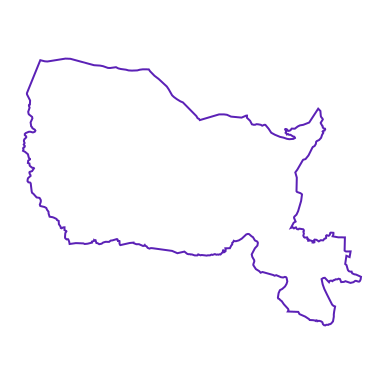 Buon Don, Đắk Lắk, Vietnam
{"feature_id": "81297802B42534502413482", "entity_name": "Buon Don", "entity_type": "district", "adm_level": 2, "iso_a3": "VNM", "parent_name": "Vietnam", "parent_adm1": "Đắk Lắk", "projection": "orthographic", "projection_center": [107.764, 12.878], "detail": "fine", "context": "isolated", "style": "outline", "palette": "violet", "viewbox_px": 384, "rotation_deg": 0, "n_neighbors": 0, "source": "geoboundaries", "source_scale": "gbopen_adm2", "svg_char_len": 5973}
<svg xmlns="http://www.w3.org/2000/svg" viewBox="0 0 384 384"><path d="M318.2,108.7L309.2,122.5L303.3,124.8L299.9,125.4L297.7,126.5L294.8,128.7L291.7,128.6L290.4,130.3L288.8,130.9L287.9,130.7L287.2,129.6L286.4,129.1L285.4,129.0L285.1,129.3L286.2,131.6L285.6,132.8L286.3,133.3L286.9,134.5L288.0,134.0L289.0,134.8L290.5,134.8L293.1,136.5L294.0,136.6L294.9,137.5L295.0,138.0L293.3,138.9L289.2,139.2L286.9,138.8L283.4,137.6L280.1,136.9L274.8,134.7L271.2,132.7L268.6,128.7L265.4,124.9L264.3,124.8L262.2,125.7L260.8,124.8L258.1,124.3L256.4,124.2L255.3,124.7L253.8,124.8L251.9,124.3L250.1,120.8L246.9,117.7L247.0,115.6L246.2,115.6L241.6,117.6L231.0,116.6L227.0,114.8L224.0,114.4L219.1,114.4L199.8,120.1L199.1,119.0L197.6,118.2L196.4,116.1L182.9,102.4L180.5,101.4L176.9,99.2L173.9,97.0L172.1,95.3L168.7,89.3L166.8,86.5L158.7,79.0L154.5,75.8L150.1,71.3L148.8,69.4L143.1,69.3L139.9,69.7L137.3,70.4L131.9,70.6L128.5,70.4L126.0,69.7L120.8,69.0L118.3,68.4L116.0,67.2L110.1,68.0L107.9,67.9L103.1,66.2L100.1,65.6L94.0,65.2L70.4,58.8L65.5,58.6L47.4,61.5L44.8,61.3L40.3,60.2L26.9,93.2L27.0,94.4L30.1,100.5L29.9,104.6L29.1,104.8L28.9,105.8L29.6,107.7L28.2,111.8L28.5,113.4L28.8,114.3L32.1,116.9L32.4,118.4L30.6,122.4L31.2,126.4L32.2,127.4L32.4,128.2L34.8,129.7L35.4,130.7L34.8,131.7L33.5,132.3L32.7,132.4L30.2,131.7L28.7,131.8L25.7,133.1L24.8,134.0L24.8,135.1L26.1,136.3L26.3,137.1L25.7,138.0L24.3,139.3L23.9,140.6L24.0,141.6L24.6,143.0L23.7,144.6L24.8,145.9L24.8,146.3L24.4,147.2L23.7,147.4L23.1,148.2L23.5,149.1L23.0,150.8L25.0,151.8L27.9,154.2L28.9,158.0L30.0,158.9L30.0,159.4L28.2,160.6L27.9,163.0L29.4,163.5L29.7,165.6L30.1,166.1L32.1,167.7L33.7,167.9L34.0,168.3L32.1,171.1L29.7,171.9L29.4,172.3L29.6,173.6L30.4,174.9L30.6,175.9L28.1,178.1L27.7,179.2L27.5,181.1L28.4,182.3L30.0,182.5L30.7,183.3L31.7,191.5L32.1,192.8L33.4,193.8L36.6,197.4L39.5,197.9L40.4,199.3L40.8,200.2L40.8,201.8L39.8,204.7L40.3,206.0L44.5,207.0L46.3,208.0L47.0,209.7L48.5,211.7L48.6,213.6L49.6,216.7L52.6,217.2L54.2,217.8L56.2,218.8L56.8,219.3L57.0,220.0L58.7,220.9L58.9,224.2L60.6,226.7L60.8,228.0L61.6,228.3L63.2,227.4L64.5,227.3L64.5,230.1L66.3,231.1L66.4,231.4L65.3,233.1L65.0,237.2L65.3,238.3L66.6,239.4L67.6,239.2L68.2,239.3L69.1,241.4L69.6,244.0L75.9,243.1L83.4,243.4L84.7,244.0L87.6,243.7L92.0,242.6L91.9,241.6L93.9,241.0L94.1,240.0L94.7,240.4L95.5,240.2L96.4,243.0L97.6,243.2L99.2,244.2L101.6,243.7L103.2,242.5L105.7,241.8L109.0,241.9L110.7,240.6L112.4,240.4L116.7,239.1L117.2,239.2L117.2,239.8L117.9,240.2L118.0,241.0L119.4,241.0L119.6,242.1L119.4,243.0L119.9,244.7L120.4,245.1L129.7,243.0L133.5,242.6L133.5,243.1L136.3,244.2L139.0,244.2L143.1,246.0L143.7,245.7L144.1,245.8L144.8,245.0L145.2,245.7L146.7,246.5L147.6,247.8L149.4,248.6L150.9,248.1L152.4,248.2L172.1,250.9L177.4,253.2L184.4,251.6L187.3,253.9L188.5,254.2L190.1,254.2L190.7,254.5L191.8,254.4L194.7,255.4L197.3,255.4L197.7,255.2L198.2,254.4L200.6,255.3L201.7,255.0L206.8,255.6L207.8,255.3L210.1,255.3L211.4,254.6L212.5,254.9L214.9,254.1L216.3,254.7L217.5,254.5L218.6,254.7L219.4,254.3L220.5,254.5L222.3,252.5L224.1,252.2L223.9,251.7L222.9,251.5L223.0,250.4L223.6,250.3L224.9,251.4L225.5,251.2L225.7,249.5L225.4,248.3L229.9,248.2L231.3,245.4L232.2,244.5L232.2,242.9L233.0,242.3L233.8,240.8L234.3,241.1L236.0,241.2L238.8,240.4L241.8,238.6L246.3,234.4L248.0,233.9L249.2,234.2L251.7,236.4L253.0,237.2L254.9,240.4L257.3,241.6L257.9,242.9L257.4,245.6L254.9,248.3L251.7,254.4L252.3,256.9L254.2,260.2L254.3,261.4L253.3,264.3L253.4,265.3L255.9,269.1L259.3,271.2L260.6,272.7L262.5,272.0L273.2,275.0L274.5,275.7L276.3,275.2L281.0,277.2L283.1,277.5L284.9,276.9L285.9,277.1L286.6,277.9L287.3,281.4L286.5,284.0L285.0,286.5L282.3,288.9L279.9,290.2L278.6,293.1L277.9,297.6L278.2,298.5L279.2,298.9L280.6,300.4L281.6,301.0L283.9,304.3L288.1,308.9L288.5,310.1L287.8,311.5L298.3,311.9L299.5,314.1L305.2,316.6L309.0,319.1L309.7,320.0L313.3,320.2L314.8,320.5L315.8,321.0L316.0,320.4L316.4,320.3L317.2,320.6L317.7,321.2L318.8,320.8L319.6,320.9L321.4,321.5L322.4,322.3L322.9,324.1L324.1,325.2L325.3,325.4L326.2,324.8L328.5,324.8L329.1,324.2L330.0,324.2L331.1,323.6L333.0,321.4L333.8,316.8L333.8,314.4L334.2,311.3L335.1,306.5L333.4,305.8L332.1,304.6L327.1,294.7L324.3,288.9L322.7,284.4L321.6,279.1L323.3,278.0L324.8,277.8L329.0,282.2L329.5,281.1L330.0,280.8L331.1,280.6L332.5,281.2L333.4,280.2L334.5,280.1L335.5,279.3L337.5,279.3L338.6,278.7L340.0,279.1L341.2,282.1L343.9,281.9L345.4,281.2L350.5,282.9L353.4,282.2L355.2,280.9L356.2,280.9L358.3,281.6L359.2,281.6L359.8,281.1L360.6,279.5L361.0,276.8L356.1,274.6L354.3,274.3L352.2,273.3L351.6,271.6L350.6,271.7L348.9,271.2L347.9,270.0L346.5,265.1L345.2,264.0L346.4,255.8L349.6,257.1L350.6,251.4L346.4,251.5L345.7,251.4L344.6,250.6L344.9,237.4L338.1,237.3L332.6,236.3L333.5,234.0L333.4,232.8L330.8,232.6L330.3,232.9L329.8,234.7L329.2,235.5L328.4,235.8L326.8,235.2L326.1,235.7L326.1,238.0L325.5,238.5L324.5,238.7L323.1,240.4L320.7,240.2L318.8,241.4L316.4,239.8L314.6,239.6L313.9,240.4L314.5,241.7L314.4,242.3L313.5,242.6L312.6,242.5L313.0,241.0L311.9,241.1L310.6,240.4L308.2,240.8L308.1,240.4L308.8,239.6L308.4,239.2L307.4,239.1L307.4,237.9L307.2,237.4L304.7,237.6L304.0,237.1L303.3,235.7L303.9,233.6L303.4,231.8L303.8,231.3L303.9,230.7L303.8,230.1L303.2,229.3L299.7,228.7L299.1,228.7L298.5,229.3L297.3,229.2L296.7,228.8L296.0,227.4L295.3,227.5L294.2,228.3L293.6,228.3L292.4,226.9L291.7,227.6L290.9,227.9L293.7,222.7L295.6,221.6L294.0,217.8L294.3,216.7L296.5,214.6L298.1,211.2L301.1,201.0L302.0,194.5L301.7,194.0L300.3,193.1L297.1,192.0L296.5,191.2L296.8,177.6L295.3,172.4L297.3,169.7L302.8,160.2L303.3,159.7L305.5,159.1L308.5,155.4L312.4,147.6L312.8,147.0L314.6,146.0L315.8,144.0L316.2,141.7L316.8,141.1L319.1,140.0L321.1,137.8L322.1,134.8L323.3,132.8L322.6,131.5L323.3,130.8L324.5,130.6L325.2,129.3L325.0,128.7L324.0,128.5L322.8,127.6L322.7,126.2L322.0,125.6L321.6,124.5L320.9,123.6L320.7,122.8L322.8,119.5L322.5,118.6L321.3,117.2L320.8,116.0L320.4,111.0L318.2,108.7Z" fill="none" stroke="#5b21b6" stroke-width="2"/></svg>